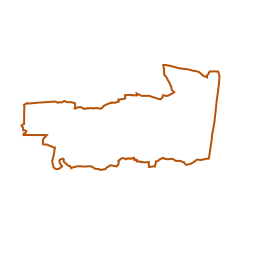 Bang Sao Thong, Samut Prakan, Thailand (Robinson projection), rotated 74°
{"feature_id": "78962969B16455268499709", "entity_name": "Bang Sao Thong", "entity_type": "district", "adm_level": 2, "iso_a3": "THA", "parent_name": "Thailand", "parent_adm1": "Samut Prakan", "projection": "robinson", "projection_center": [100.804, 13.633], "detail": "fine", "context": "isolated", "style": "outline", "palette": "amber", "viewbox_px": 256, "rotation_deg": 74, "n_neighbors": 0, "source": "geoboundaries", "source_scale": "gbopen_adm2", "svg_char_len": 5675}
<svg xmlns="http://www.w3.org/2000/svg" viewBox="0 0 256 256"><g transform="rotate(74 128 128)"><path d="M179.7,58.7L160.1,49.8L159.4,49.8L156.0,48.2L151.6,45.9L147.2,43.8L137.1,39.6L126.1,35.2L116.7,31.0L110.6,28.4L103.6,25.8L100.3,25.7L98.7,25.8L97.6,28.6L96.3,33.6L96.2,34.0L96.3,34.1L97.0,34.9L97.4,35.0L98.2,35.7L99.2,37.5L101.0,38.1L100.7,38.4L99.0,40.7L98.5,41.2L98.0,41.6L97.2,42.2L96.1,42.7L95.6,43.0L93.7,44.5L93.4,44.9L93.1,45.3L92.3,46.6L91.2,49.0L89.7,51.6L88.5,53.6L87.6,55.2L86.0,59.5L84.3,63.1L83.8,63.9L82.9,65.2L81.7,67.5L80.9,68.6L79.3,71.4L77.9,74.2L77.2,76.7L78.7,77.0L81.6,77.1L81.9,77.2L82.5,77.6L83.0,77.7L85.7,78.3L86.9,78.4L87.9,78.0L89.4,77.3L90.5,76.9L91.3,76.7L92.9,76.5L95.5,75.8L98.4,75.4L99.6,75.1L101.9,75.2L102.8,75.4L103.5,75.3L104.0,75.1L106.5,73.8L106.8,75.1L107.8,79.9L108.0,80.9L108.0,81.3L107.8,82.2L106.2,85.1L107.8,86.2L109.5,88.6L108.5,90.5L108.2,91.0L102.7,99.2L102.6,99.5L102.2,101.5L100.9,105.8L100.7,106.2L99.1,108.1L97.2,110.1L99.0,110.2L99.1,110.3L99.1,110.5L99.0,110.9L98.3,112.9L97.5,115.7L97.2,115.6L96.5,117.7L95.7,121.9L98.7,122.4L98.6,123.1L98.9,123.7L98.6,126.2L98.0,129.5L98.7,129.6L99.6,129.4L100.0,129.7L100.1,129.8L100.2,130.4L100.0,131.5L100.0,132.2L100.1,132.6L100.1,133.0L100.1,133.9L99.7,134.9L99.3,135.7L99.4,136.1L99.6,136.7L99.5,136.9L99.0,137.2L99.1,137.8L99.2,139.8L99.6,142.9L99.7,143.6L100.3,145.8L101.3,146.8L101.5,147.2L101.7,148.1L101.8,148.3L101.7,148.9L101.8,149.6L101.1,150.6L101.0,151.1L100.1,152.8L99.9,153.2L99.9,153.8L99.7,154.5L99.8,155.2L99.4,155.8L99.6,156.6L99.0,157.4L98.4,158.4L98.4,158.7L98.5,159.5L98.5,159.9L98.4,160.4L98.3,160.6L97.8,161.0L98.0,162.0L97.7,162.4L97.6,162.7L97.6,162.9L97.7,163.5L97.6,164.3L97.6,164.9L97.5,165.2L97.4,165.4L97.2,165.5L96.5,165.8L96.0,166.6L95.1,167.4L94.9,167.7L94.6,168.6L94.5,169.3L94.4,169.8L94.7,172.7L94.6,173.2L94.4,173.9L93.0,173.0L92.2,172.7L91.5,172.5L89.5,172.2L89.1,172.9L88.6,173.6L88.2,174.5L87.8,174.9L87.7,175.0L86.4,179.5L86.0,180.2L85.7,180.5L84.9,181.1L84.6,181.6L84.6,182.0L84.5,182.5L84.9,183.3L85.1,184.8L85.0,185.3L84.3,186.8L84.2,187.2L84.3,188.0L84.3,188.4L84.2,188.8L84.0,189.0L83.2,189.7L82.8,190.5L82.6,190.8L82.4,191.2L82.3,191.4L81.7,194.2L80.9,198.4L80.6,199.2L80.4,200.3L78.7,208.2L78.3,210.5L76.9,217.5L76.3,217.7L76.4,218.3L76.5,218.8L76.6,219.3L76.7,220.1L76.8,220.7L77.0,221.5L77.4,221.4L80.4,222.3L88.1,224.6L93.9,226.3L95.5,226.8L95.5,227.6L96.1,229.0L96.2,229.7L97.0,229.6L97.6,229.4L98.3,228.8L101.3,229.3L101.4,229.1L101.7,227.9L102.5,227.1L102.7,226.7L102.9,226.6L103.1,226.6L103.3,226.7L103.5,226.9L104.5,227.9L104.6,230.0L106.0,230.3L108.3,222.1L108.8,220.5L109.4,218.4L110.9,213.2L112.4,208.0L112.9,208.7L115.2,212.4L115.6,212.9L115.8,213.0L116.4,213.0L116.6,213.0L117.5,213.5L118.7,213.9L119.9,214.0L120.2,214.1L120.3,214.1L121.0,212.4L121.5,210.9L122.0,209.7L122.7,209.2L123.4,208.4L124.2,207.2L124.8,206.5L125.6,205.6L126.4,204.5L126.6,203.7L127.7,204.2L132.1,206.1L133.8,207.1L135.1,207.8L136.7,208.6L137.8,209.5L138.8,209.9L140.1,210.1L140.9,210.2L142.9,210.2L143.9,210.4L145.3,210.3L145.9,210.1L147.2,209.0L147.6,208.6L147.8,208.2L147.9,207.8L148.1,206.1L148.1,205.3L148.1,205.1L146.7,201.8L145.9,202.2L144.6,202.7L142.8,203.2L141.7,203.2L140.7,203.0L140.1,202.6L139.9,202.3L139.7,201.9L139.6,201.5L139.5,200.3L139.4,199.8L139.4,199.3L139.6,199.0L139.8,198.7L140.0,198.5L140.3,198.4L140.6,198.4L141.4,198.8L142.1,199.1L142.4,199.1L142.9,198.9L143.3,198.6L143.7,198.1L144.4,197.9L147.1,196.3L147.8,195.7L148.2,194.8L148.5,194.4L148.9,194.1L149.1,194.0L150.1,193.8L151.0,193.7L150.8,192.7L150.7,191.4L150.7,190.1L150.8,188.9L150.8,187.7L150.8,187.3L152.5,181.9L153.0,180.8L153.5,178.9L153.7,177.2L154.1,175.7L154.3,175.1L155.5,173.0L155.7,172.8L157.6,171.3L158.2,170.6L158.5,169.6L158.9,168.9L159.3,167.5L159.6,167.2L160.4,166.6L160.6,166.2L160.8,165.6L161.0,164.9L160.9,164.1L160.9,163.6L161.2,162.2L161.2,161.0L161.0,160.6L160.3,159.7L160.1,159.3L160.0,159.0L159.9,157.9L159.3,156.4L159.1,155.8L159.0,155.4L159.1,154.9L159.4,154.3L161.3,150.5L161.8,149.7L161.6,149.1L161.3,148.7L161.1,148.2L160.6,148.0L160.4,147.4L159.7,146.9L159.3,146.7L158.4,146.5L157.5,146.4L157.1,146.5L156.9,146.1L156.9,145.4L156.3,145.1L156.2,144.2L155.7,143.6L155.6,143.2L155.5,142.8L155.5,141.8L155.6,141.1L155.7,140.6L156.0,140.3L156.5,139.8L156.9,139.2L157.3,138.8L157.6,138.5L157.6,138.2L157.3,137.4L157.0,136.7L157.1,136.1L157.3,135.9L157.9,135.4L157.9,134.6L158.3,134.0L158.4,133.8L158.4,133.7L158.0,133.1L158.1,132.8L158.6,131.6L158.6,131.4L158.2,130.6L158.7,130.3L159.0,130.3L159.4,130.9L159.5,131.0L160.0,131.1L160.4,130.7L160.7,130.3L160.8,129.8L160.6,129.0L160.8,128.7L161.2,128.7L161.4,128.7L161.5,128.6L161.6,128.2L162.6,128.6L163.4,126.5L163.3,126.4L163.7,125.2L163.8,125.2L164.1,125.3L165.5,121.8L166.1,119.8L166.1,119.1L166.3,118.1L166.4,117.5L171.2,118.6L171.6,117.3L171.5,116.9L172.1,113.1L172.4,112.8L171.5,112.4L168.7,110.6L167.8,110.3L168.1,109.3L168.1,108.8L167.9,108.1L167.1,106.7L167.0,106.4L166.9,105.2L166.8,104.9L166.5,104.4L166.4,104.0L166.4,103.5L166.4,103.1L166.5,102.6L166.6,102.2L167.1,102.1L167.4,102.0L167.5,101.1L167.7,100.8L167.9,100.6L168.3,100.2L168.9,98.6L169.2,97.4L169.5,95.0L169.9,94.0L170.4,93.3L170.9,92.6L171.7,92.1L172.2,91.7L172.7,91.3L172.9,91.0L173.0,90.6L173.3,89.2L173.5,88.3L174.2,86.9L174.3,86.3L175.3,85.4L175.8,84.9L175.9,84.7L176.4,83.6L176.5,83.6L177.6,83.3L178.4,83.0L178.7,82.8L179.2,82.4L179.5,82.1L179.5,81.6L179.7,78.6L179.7,77.5L178.8,74.1L178.3,72.7L177.7,71.2L177.6,70.7L177.5,70.3L177.5,70.1L177.6,69.8L178.8,66.9L179.0,66.2L179.0,65.8L178.9,64.9L179.1,63.2L179.0,61.6L179.0,61.4L179.5,60.2L179.7,58.7Z" fill="none" stroke="#b45309" stroke-width="2"/></g></svg>